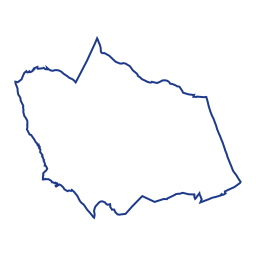 outline of Ixhuatlancillo, Veracruz, Mexico
{"feature_id": "50627088B49506441430120", "entity_name": "Ixhuatlancillo", "entity_type": "district", "adm_level": 2, "iso_a3": "MEX", "parent_name": "Mexico", "parent_adm1": "Veracruz", "projection": "natural_earth1", "projection_center": [-97.161, 18.893], "detail": "fine", "context": "isolated", "style": "outline", "palette": "blue", "viewbox_px": 256, "rotation_deg": 0, "n_neighbors": 0, "source": "geoboundaries", "source_scale": "gbopen_adm2", "svg_char_len": 5283}
<svg xmlns="http://www.w3.org/2000/svg" viewBox="0 0 256 256"><path d="M240.6,181.8L240.1,181.1L239.9,180.9L238.5,178.8L238.3,178.5L238.1,178.1L237.7,177.4L236.1,174.8L235.6,174.2L234.2,172.4L233.3,171.2L233.1,170.6L232.6,169.7L232.3,168.8L232.1,168.3L231.7,167.3L231.5,166.8L231.1,165.7L230.7,164.8L230.4,164.1L230.0,163.3L229.8,162.8L229.5,161.8L229.1,161.0L228.8,160.1L228.4,159.2L228.1,158.4L227.6,157.3L227.3,156.3L227.1,155.6L227.1,155.3L226.1,152.5L225.9,152.0L225.7,151.5L225.5,151.2L225.4,150.8L225.3,150.7L225.2,150.4L225.2,150.2L225.0,149.8L225.0,149.6L224.9,149.3L224.9,149.2L224.4,147.8L224.3,147.5L223.9,146.2L223.7,145.8L223.6,145.4L223.5,145.1L223.2,144.2L222.8,143.0L222.5,142.2L222.0,141.1L221.5,139.8L221.3,139.4L220.2,136.4L219.9,135.9L219.8,135.5L219.6,135.0L219.3,134.5L219.2,134.2L218.9,133.6L218.7,133.1L218.6,132.8L218.2,131.9L218.0,131.3L217.1,129.1L216.7,127.8L216.7,127.7L216.6,127.3L216.4,126.7L216.4,126.4L216.1,125.6L215.9,125.0L215.5,124.0L215.3,123.6L214.4,121.1L214.1,120.2L213.6,119.0L213.6,118.9L213.2,118.0L213.1,117.8L212.8,117.2L212.3,116.5L212.2,116.1L211.3,113.9L210.9,112.9L210.6,112.1L210.2,111.0L210.2,110.8L210.1,110.6L209.7,109.3L209.0,107.2L208.9,106.9L208.9,106.7L208.7,106.3L208.7,106.0L208.6,105.7L208.4,104.9L207.7,101.8L207.2,100.0L206.7,98.4L206.4,97.4L206.4,97.1L206.2,97.0L206.0,96.9L204.0,97.2L203.9,97.2L201.6,97.0L199.8,96.8L199.2,96.8L196.9,96.6L196.2,97.0L194.4,96.8L193.4,96.8L193.7,95.5L193.9,95.1L194.0,94.9L193.0,95.0L190.8,94.6L188.7,94.4L186.0,93.6L183.1,92.7L182.2,90.9L181.2,89.3L179.5,86.8L177.8,86.3L177.1,86.3L175.5,85.3L172.6,84.1L170.2,83.7L168.9,81.8L167.0,80.7L165.4,80.3L163.1,80.3L162.0,80.7L160.0,81.8L158.1,82.6L157.1,83.0L155.1,82.6L151.8,81.8L151.4,82.4L150.3,82.6L147.8,82.0L144.0,80.1L141.8,79.1L140.4,77.6L137.8,75.8L137.7,75.0L136.8,73.6L132.8,70.3L130.0,66.3L125.6,63.6L123.3,63.1L121.6,63.6L119.9,63.5L115.7,61.8L114.6,60.8L111.4,57.8L109.2,55.7L104.5,53.1L102.1,53.1L100.9,51.8L100.8,49.7L100.6,47.5L99.5,43.8L98.8,42.7L98.4,41.3L97.7,39.5L97.1,38.3L95.1,43.1L86.9,60.9L75.7,82.4L74.9,81.5L73.9,80.4L72.7,79.4L71.3,78.7L68.9,77.6L68.0,76.7L66.1,75.4L63.5,73.7L61.5,71.8L58.7,70.4L56.3,70.1L54.7,70.2L52.9,70.8L50.5,70.4L48.1,68.8L47.0,67.8L47.4,69.3L45.4,69.2L43.7,67.8L42.9,68.2L42.1,68.4L41.5,68.3L40.9,68.5L39.2,68.6L38.7,68.7L38.1,68.8L37.6,68.6L37.6,68.4L37.4,67.2L37.4,66.9L35.4,67.7L34.9,67.9L33.8,68.5L33.7,68.8L34.0,69.0L34.2,69.4L33.9,69.6L32.7,70.2L32.6,70.3L32.5,71.1L30.9,71.9L30.6,72.1L30.4,72.1L29.8,72.1L29.3,71.3L28.0,72.4L27.1,72.3L26.8,72.1L26.6,71.7L26.4,71.2L24.3,72.9L23.0,75.7L21.5,79.4L17.8,82.2L15.4,81.7L15.5,83.3L17.5,88.4L17.7,91.6L18.2,94.1L18.3,94.6L19.0,95.5L20.1,97.4L20.4,98.0L20.7,100.7L21.3,101.8L22.4,104.1L23.1,105.4L23.3,106.6L23.0,107.6L23.3,108.6L23.5,110.3L23.3,110.7L23.4,112.4L24.2,115.3L24.2,115.8L25.8,117.9L25.9,118.3L27.0,120.0L27.3,121.1L27.4,124.3L27.2,124.6L27.4,125.2L27.2,125.8L27.4,126.6L27.2,128.2L27.1,128.7L26.9,129.3L29.6,134.5L31.2,135.0L32.9,137.6L34.0,139.0L35.0,140.8L35.5,141.8L36.3,142.8L36.9,143.2L37.3,144.0L37.6,145.1L38.6,144.6L38.9,145.7L38.8,146.6L39.7,146.8L39.7,147.6L39.2,148.2L40.3,149.3L40.3,150.4L40.2,151.3L40.2,152.3L40.8,152.9L41.2,153.5L42.0,154.5L42.5,155.2L42.0,156.2L42.6,156.8L42.6,157.5L43.1,158.0L43.5,159.4L44.0,160.0L43.6,160.9L44.5,162.4L45.1,164.6L44.7,165.6L45.7,165.8L46.1,166.3L47.2,168.6L46.4,170.2L43.4,173.0L43.1,174.0L43.4,174.8L43.4,175.4L43.0,176.1L42.9,177.5L43.0,178.0L42.8,179.4L43.1,179.6L44.6,179.3L45.1,178.8L45.5,178.9L45.8,179.2L47.6,179.2L48.5,179.2L51.4,180.9L51.9,182.3L53.4,182.4L53.6,182.5L54.8,183.3L55.6,182.7L56.2,183.2L57.0,183.2L57.2,183.4L57.6,184.0L55.6,185.8L56.1,186.5L59.4,184.5L60.5,185.1L61.2,185.4L61.9,186.1L63.3,187.4L64.4,189.3L67.6,191.2L69.0,190.5L71.1,190.9L71.8,189.9L74.3,192.1L77.2,195.7L78.5,198.2L79.9,201.0L81.7,203.1L83.4,204.3L84.2,205.3L86.5,208.7L87.5,210.1L89.3,212.0L90.5,213.5L92.4,215.8L93.4,217.2L94.1,217.7L94.5,215.8L94.6,214.2L94.3,212.3L94.0,211.0L94.8,208.0L95.5,206.4L96.4,205.4L97.4,204.3L98.8,202.7L100.3,201.7L101.0,201.4L102.5,201.4L104.8,202.3L106.5,204.2L107.9,204.8L109.1,204.4L110.1,204.2L110.3,205.4L110.2,206.9L111.0,208.1L111.7,208.9L112.0,209.7L114.2,209.6L114.9,211.2L115.5,212.4L117.4,214.3L119.2,214.7L121.2,214.4L125.5,213.9L127.0,212.3L132.0,206.6L136.7,201.8L139.9,198.5L142.3,196.1L154.6,201.9L163.7,199.0L166.2,199.1L167.0,199.1L167.6,198.3L171.5,196.5L175.3,194.6L175.9,194.1L177.9,193.8L180.1,193.7L182.5,192.8L186.4,193.7L188.1,194.2L188.5,194.2L189.1,194.3L191.6,194.4L193.7,194.5L194.3,194.4L194.5,195.0L194.5,195.6L194.3,196.0L194.5,197.5L195.1,198.9L195.9,198.2L196.9,196.6L199.4,193.3L199.7,195.0L200.4,196.0L200.8,197.2L201.4,198.7L201.7,199.1L200.4,202.4L208.6,199.3L212.3,197.7L213.7,197.4L213.9,197.4L214.1,197.3L214.3,197.3L214.5,197.2L215.0,197.1L215.4,197.0L215.8,196.9L217.6,196.4L219.2,195.9L220.5,195.5L220.9,195.4L220.8,194.9L221.7,194.1L222.1,194.8L222.4,194.9L223.7,194.6L224.6,194.0L225.6,193.3L225.0,192.3L224.8,191.9L225.1,191.5L225.1,191.3L225.3,191.2L226.4,190.7L227.5,190.2L227.9,190.0L229.0,189.5L229.4,189.3L231.0,188.6L231.8,188.2L233.7,187.4L234.3,187.1L235.2,186.5L237.0,185.2L237.7,184.6L237.9,184.5L239.6,183.3L240.1,182.8L240.6,181.8Z" fill="none" stroke="#1e3a8a" stroke-width="2"/></svg>